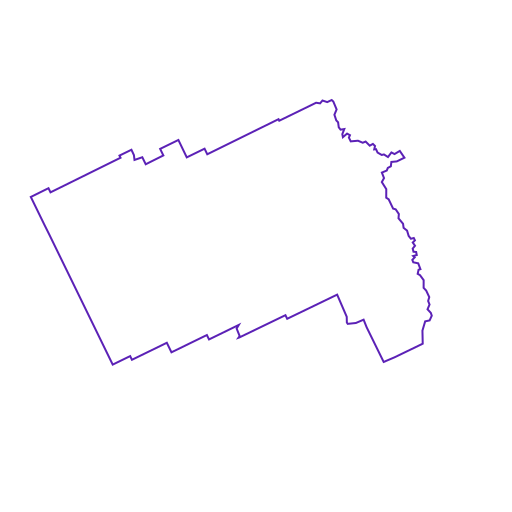 Phillips, Montana, United States of America, rotated 244°
{"feature_id": "52423323B56021233404886", "entity_name": "Phillips", "entity_type": "district", "adm_level": 2, "iso_a3": "USA", "parent_name": "United States of America", "parent_adm1": "Montana", "projection": "equal_earth", "projection_center": [-108.014, 48.225], "detail": "fine", "context": "isolated", "style": "outline", "palette": "violet", "viewbox_px": 512, "rotation_deg": 244, "n_neighbors": 0, "source": "geoboundaries", "source_scale": "gbopen_adm2", "svg_char_len": 1740}
<svg xmlns="http://www.w3.org/2000/svg" viewBox="0 0 512 512"><g transform="rotate(244 256 256)"><path d="M367.4,377.2L367.4,336.2L369.1,336.2L368.8,256.8L375.0,256.8L375.0,237.0L394.3,237.1L394.3,216.8L387.0,216.8L386.9,206.4L386.8,197.1L394.6,197.1L395.6,188.9L400.2,190.5L406.1,190.6L406.1,177.3L403.7,177.3L403.3,99.2L407.9,99.2L407.8,79.5L376.8,79.5L366.2,79.6L308.0,79.6L249.4,79.6L221.2,79.6L221.2,99.0L217.1,99.0L217.1,137.8L206.5,137.8L206.5,177.2L201.6,177.2L201.6,210.3L199.3,206.8L191.2,206.2L190.2,204.4L190.1,205.2L189.9,256.5L185.9,256.5L185.7,312.0L161.6,310.9L156.4,308.5L154.8,308.7L152.0,316.4L151.6,324.8L143.4,324.2L104.8,324.3L104.2,336.2L104.1,367.4L116.0,372.9L123.1,379.4L122.0,383.8L125.3,387.8L128.2,388.2L132.9,386.8L136.3,390.7L140.1,391.0L143.1,393.7L150.3,393.8L153.9,392.7L160.8,396.1L166.9,395.0L169.1,393.5L172.4,396.1L172.1,398.0L178.3,398.6L181.4,394.6L184.0,394.8L185.2,398.0L187.1,397.3L186.4,400.9L189.4,401.7L190.8,399.4L194.0,400.1L195.5,403.4L199.4,402.8L200.4,405.7L203.0,405.7L203.6,402.8L207.1,402.0L212.6,402.9L216.6,401.0L220.5,402.3L227.4,400.6L231.1,402.8L236.7,402.0L238.5,400.0L248.8,400.1L251.3,398.6L259.0,402.4L267.3,401.5L269.9,405.2L275.8,405.7L275.5,411.0L277.4,413.1L277.5,416.5L281.2,418.9L279.3,424.0L279.3,432.5L287.4,431.3L286.9,425.2L289.7,423.1L287.1,418.0L291.2,415.5L291.7,413.3L295.7,410.6L299.4,410.7L300.0,409.0L302.7,411.2L305.5,410.2L305.3,406.6L310.8,404.7L311.0,401.6L314.9,398.2L317.5,391.4L321.7,391.4L323.4,393.4L326.1,391.5L324.7,386.2L327.7,387.0L331.4,391.0L332.5,387.4L335.4,386.8L340.2,388.4L342.7,387.6L348.6,388.4L352.4,392.7L360.9,393.2L363.0,392.4L363.1,387.5L366.6,383.9L365.1,380.5L367.4,377.2Z" fill="none" stroke="#5b21b6" stroke-width="2"/></g></svg>